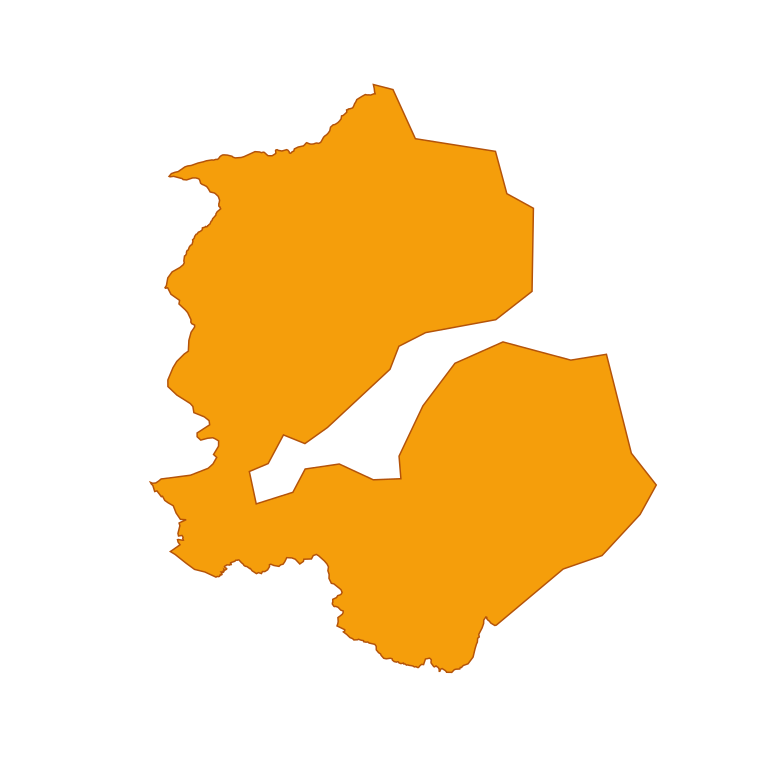 outline of Ala-Buka, Jalal-Abad, Kyrgyzstan, rotated 79°
{"feature_id": "92254566B39559079408831", "entity_name": "Ala-Buka", "entity_type": "district", "adm_level": 2, "iso_a3": "KGZ", "parent_name": "Kyrgyzstan", "parent_adm1": "Jalal-Abad", "projection": "mercator", "projection_center": [71.199, 41.407], "detail": "fine", "context": "isolated", "style": "filled", "palette": "amber", "viewbox_px": 768, "rotation_deg": 79, "n_neighbors": 0, "source": "geoboundaries", "source_scale": "gbopen_adm2", "svg_char_len": 6145}
<svg xmlns="http://www.w3.org/2000/svg" viewBox="0 0 768 768"><g transform="rotate(79 384 384)"><path d="M88.0,337.3L91.8,337.2L95.6,337.5L97.4,337.3L97.2,338.4L97.8,342.0L97.3,343.7L97.0,345.5L96.3,347.1L97.5,350.9L99.6,356.4L101.6,357.8L103.4,359.5L105.1,360.5L107.0,362.1L107.3,364.8L107.2,365.8L107.3,366.7L107.8,366.9L107.8,368.4L110.1,368.7L112.6,372.8L112.7,374.5L115.5,375.5L117.2,377.3L118.7,379.5L119.9,382.6L119.9,384.5L121.7,387.5L125.1,388.9L127.3,391.2L128.4,392.8L129.2,394.7L130.2,396.2L134.4,399.7L135.1,401.1L135.3,402.5L134.6,404.0L134.6,405.7L134.8,406.4L134.9,407.6L134.6,410.0L133.9,411.5L132.4,413.8L132.8,414.8L134.0,416.2L134.9,417.7L135.0,423.0L136.1,427.1L138.1,428.1L138.6,430.0L139.7,431.6L139.1,432.8L137.9,432.8L136.2,433.7L135.4,434.8L135.8,439.8L134.9,442.0L134.8,442.7L133.6,444.2L133.6,445.4L134.1,445.9L136.6,446.1L137.1,446.4L138.6,450.2L138.2,452.5L137.7,454.4L133.8,457.3L133.4,458.3L133.5,460.3L132.5,461.8L131.3,466.3L134.1,478.0L134.4,480.9L133.7,486.8L132.7,488.7L131.4,489.8L129.4,494.1L128.5,497.5L128.4,498.9L129.0,500.7L129.5,501.6L131.2,503.4L131.8,504.8L131.4,506.1L131.7,508.6L131.2,510.2L131.0,515.8L131.4,519.0L131.6,524.4L132.7,531.5L132.5,535.1L132.9,538.0L136.2,545.5L136.3,548.9L136.9,552.6L139.2,555.4L139.8,554.5L140.0,550.9L143.9,542.9L145.0,542.2L146.0,538.8L145.2,532.5L145.8,529.4L147.2,526.7L148.7,526.0L151.9,525.7L153.3,524.5L154.4,522.8L156.3,520.4L158.8,519.2L162.3,518.0L164.1,514.1L165.0,513.2L168.2,510.9L172.2,510.3L174.4,511.1L175.4,511.7L177.8,512.2L178.6,511.8L179.2,511.1L179.7,511.3L180.9,510.9L183.0,514.8L184.9,516.5L186.1,516.8L189.1,520.7L190.8,521.7L191.3,522.7L193.7,524.3L194.1,525.3L195.0,526.5L195.0,527.0L195.5,527.2L195.8,527.7L195.8,528.4L195.3,529.2L196.0,530.0L195.9,531.0L196.1,531.6L196.0,532.1L196.2,532.6L197.3,532.7L198.4,533.6L199.3,535.8L199.5,537.2L201.1,538.9L201.2,539.9L203.0,541.7L204.8,542.6L206.0,544.4L207.4,544.3L210.5,545.9L211.0,547.5L212.5,549.1L214.9,550.5L215.3,551.1L215.3,551.6L216.0,552.3L217.1,552.8L218.5,553.1L219.9,554.3L220.3,555.4L225.0,557.0L226.8,556.9L228.6,558.3L230.7,562.1L233.5,570.6L238.6,576.0L245.8,578.8L247.7,580.6L248.3,580.2L248.3,578.0L255.3,576.0L262.9,568.7L266.3,570.0L273.3,564.9L276.5,563.1L284.0,561.2L286.4,561.8L288.1,561.2L290.0,558.7L291.9,559.0L296.4,563.5L303.9,567.2L314.4,569.8L316.4,574.3L322.3,583.1L327.7,588.0L338.8,595.4L345.3,596.6L355.4,589.4L366.2,577.9L369.6,575.9L375.8,576.1L382.0,566.6L386.6,562.7L390.8,562.9L396.4,576.8L400.1,577.5L404.1,574.6L403.6,567.4L404.1,562.3L405.5,560.3L408.3,557.2L413.5,558.3L420.7,564.8L424.1,562.2L429.8,567.1L433.2,572.7L436.6,591.4L434.7,620.9L436.3,623.8L437.6,626.9L437.3,630.0L436.0,632.0L437.7,631.5L439.5,630.3L445.8,629.6L445.6,627.3L452.1,624.1L451.8,623.2L452.0,622.8L456.5,621.4L459.5,618.5L463.3,614.1L471.0,612.7L478.0,609.7L479.5,604.1L480.8,609.7L481.4,611.7L484.1,611.4L491.4,614.8L494.0,614.7L494.1,611.2L496.2,610.4L497.0,611.0L499.0,610.7L499.0,611.4L497.4,615.5L497.4,616.4L499.9,616.3L502.9,614.9L507.7,625.7L511.4,621.6L522.1,612.5L529.8,605.4L534.3,595.8L541.5,585.8L541.2,585.2L541.2,584.0L541.5,583.4L541.5,582.6L541.3,582.0L540.6,581.7L540.4,580.5L539.9,580.7L539.9,580.2L540.2,579.9L540.1,579.4L538.3,579.4L537.5,579.8L537.6,579.2L538.1,578.9L538.2,577.8L537.9,577.4L537.3,577.6L537.5,576.9L536.9,576.6L535.7,576.6L536.3,576.2L536.4,575.7L535.8,574.0L535.4,573.6L534.9,573.8L533.9,575.1L532.9,575.5L532.2,574.6L532.2,573.9L531.6,573.2L531.7,572.1L532.3,570.0L531.7,569.5L531.7,569.0L532.1,568.6L531.8,568.3L530.4,568.8L530.2,568.6L529.9,567.1L529.8,565.7L529.6,565.3L529.7,565.0L529.5,564.1L528.7,563.2L529.0,561.3L528.8,560.8L529.1,559.9L532.1,558.1L534.1,556.5L535.3,556.1L535.9,555.6L536.6,554.6L537.0,553.4L539.7,550.9L539.6,550.4L542.2,549.1L545.8,545.4L545.2,543.2L546.7,540.5L544.9,539.1L545.4,536.8L544.2,533.7L541.4,531.2L539.5,530.9L539.3,529.5L541.1,526.8L543.0,521.9L541.8,520.0L541.6,517.4L539.4,515.2L535.9,512.6L537.1,507.7L539.1,504.5L544.6,501.0L542.8,497.0L540.7,496.1L541.9,488.6L538.9,486.2L538.4,482.9L540.2,480.9L546.4,476.2L549.8,474.3L552.9,473.4L556.6,474.7L560.5,474.2L564.3,475.1L569.6,473.7L570.6,471.4L577.6,465.5L580.6,464.9L582.2,466.2L582.7,467.7L582.9,469.8L584.6,471.4L585.6,475.4L588.5,475.9L589.1,476.5L590.2,476.7L592.7,475.6L593.0,475.2L593.1,473.8L594.4,471.7L597.7,469.6L599.0,467.4L600.6,467.7L602.1,468.9L604.5,473.8L608.4,474.3L610.3,475.0L612.5,476.3L617.7,469.4L618.9,469.6L619.6,471.2L622.7,468.4L626.4,465.8L628.0,463.4L629.5,462.4L630.0,458.8L629.7,457.8L631.2,455.2L632.0,453.1L633.1,453.1L634.0,450.9L634.2,449.1L635.4,448.1L637.8,442.7L640.0,441.7L643.5,442.3L646.7,440.6L648.3,438.9L649.8,438.6L653.2,436.6L654.2,434.2L654.4,430.2L655.2,428.5L656.7,428.4L658.4,427.0L659.4,424.8L659.2,424.0L659.4,423.1L660.5,422.6L661.7,420.8L661.7,418.1L662.6,418.0L662.8,416.8L664.2,415.6L664.3,414.1L664.9,413.2L665.8,410.6L666.3,409.5L667.3,408.4L667.6,407.8L667.5,407.2L667.6,406.3L668.2,405.8L668.9,404.7L668.4,403.6L667.3,402.4L666.4,400.6L667.0,398.7L661.9,395.8L661.8,395.3L661.9,394.3L661.8,391.7L662.3,391.1L663.7,390.2L665.9,390.9L666.8,391.0L668.4,390.3L670.9,389.1L671.3,388.4L670.7,386.7L671.2,386.2L671.8,385.8L672.1,385.3L673.1,384.7L673.9,384.5L674.3,384.0L674.7,383.9L675.0,384.4L676.6,384.6L676.7,384.1L676.3,383.7L674.8,382.8L674.4,381.3L676.9,378.6L678.3,377.7L678.9,377.6L680.0,372.5L677.8,369.4L677.7,367.6L678.2,364.0L676.8,363.2L677.1,362.0L676.1,360.9L675.4,359.7L674.7,354.9L669.1,348.7L661.2,345.1L657.0,342.9L655.2,341.6L651.5,340.6L650.5,338.8L647.8,338.7L642.1,334.2L638.1,331.9L634.7,331.1L632.1,328.4L632.7,327.6L633.9,327.9L635.5,327.1L637.2,325.6L637.6,325.5L639.0,324.8L642.2,321.3L642.1,319.7L599.8,243.4L594.0,202.7L560.9,157.5L535.1,136.0L499.2,154.4L397.3,160.0L396.2,196.1L365.4,259.2L377.2,310.4L412.9,350.0L457.7,383.0L480.2,385.5L476.0,412.8L454.0,443.2L452.4,477.6L472.9,494.1L477.3,532.3L444.2,532.9L440.0,512.9L414.8,492.4L427.4,473.0L415.9,447.8L370.7,375.3L349.8,362.2L341.5,333.3L342.2,262.0L321.3,221.0L240.0,203.8L220.6,227.1L176.9,230.2L149.2,306.4L96.7,319.0L88.0,337.3Z" fill="#f59e0b" stroke="#b45309" stroke-width="1.5"/></g></svg>